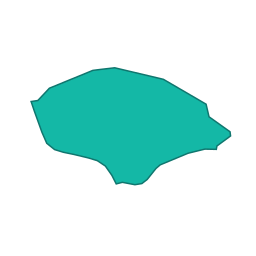 an SVG outline of Cardiff, rotated 17°
{"feature_id": "GBR-2116", "entity_name": "Cardiff", "entity_type": "Unitary Authority (wales)", "adm_level": 1, "iso_a3": "GBR", "parent_name": "United Kingdom", "parent_adm1": "", "projection": "natural_earth1", "projection_center": [-3.176, 51.503], "detail": "fine", "context": "isolated", "style": "filled", "palette": "teal", "viewbox_px": 256, "rotation_deg": 17, "n_neighbors": 0, "source": "natural_earth", "source_scale": "10m", "svg_char_len": 571}
<svg xmlns="http://www.w3.org/2000/svg" viewBox="0 0 256 256"><g transform="rotate(17 128 128)"><path d="M218.7,122.6L207.7,125.7L192.8,134.6L169.6,153.8L166.6,158.5L161.4,171.6L157.5,177.1L151.2,180.2L138.5,181.6L133.4,184.7L133.1,184.9L126.9,178.5L126.8,178.3L117.5,171.0L108.2,168.2L99.0,168.2L84.0,169.1L73.3,170.1L64.1,170.1L54.8,166.4L47.0,157.3L33.4,139.1L27.6,131.0L33.7,128.1L41.2,112.9L77.5,83.2L84.4,80.1L97.7,74.3L147.6,71.1L195.7,82.4L202.2,93.6L226.7,101.8L228.4,105.6L218.3,119.2L218.7,122.6Z" fill="#14b8a6" stroke="#0f766e" stroke-width="1.5"/></g></svg>